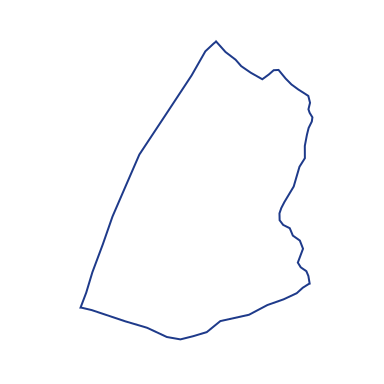 Älvsbyn, Norrbotten, Sweden, rotated 256°
{"feature_id": "70781695B9243274568958", "entity_name": "Älvsbyn", "entity_type": "district", "adm_level": 2, "iso_a3": "SWE", "parent_name": "Sweden", "parent_adm1": "Norrbotten", "projection": "mercator", "projection_center": [20.635, 65.777], "detail": "fine", "context": "isolated", "style": "outline", "palette": "blue", "viewbox_px": 384, "rotation_deg": 256, "n_neighbors": 0, "source": "geoboundaries", "source_scale": "gbopen_adm2", "svg_char_len": 991}
<svg xmlns="http://www.w3.org/2000/svg" viewBox="0 0 384 384"><g transform="rotate(256 192 192)"><path d="M332.2,251.8L332.1,251.7L330.8,248.9L325.3,239.0L305.2,219.8L275.2,187.2L241.1,150.0L214.1,129.3L187.4,108.9L162.8,92.8L138.2,75.9L119.9,65.0L106.8,55.9L106.6,56.6L101.7,66.1L82.7,95.9L72.9,112.6L71.1,115.6L57.4,132.5L51.8,145.1L51.8,158.1L52.5,172.5L57.1,182.3L59.9,188.3L59.1,217.6L64.1,237.9L65.7,254.9L68.5,269.2L72.3,276.3L74.5,282.9L74.6,284.0L82.4,284.6L87.5,283.8L92.6,279.3L97.9,277.6L105.3,282.7L110.1,286.0L118.8,284.9L125.3,279.3L133.2,278.1L138.0,272.5L143.4,270.2L150.1,271.7L154.9,274.8L160.0,279.3L168.2,287.5L172.7,292.0L182.3,297.6L190.5,302.4L197.5,309.7L209.4,312.6L219.8,317.4L226.0,320.7L231.4,325.3L235.3,326.9L240.4,325.3L244.1,325.0L250.0,328.1L257.1,328.1L265.8,319.9L272.3,314.5L279.4,310.3L289.5,305.5L290.4,300.7L287.5,295.1L284.4,287.5L293.5,277.9L302.2,270.2L309.8,266.3L319.7,258.4L332.2,251.8Z" fill="none" stroke="#1e3a8a" stroke-width="2"/></g></svg>